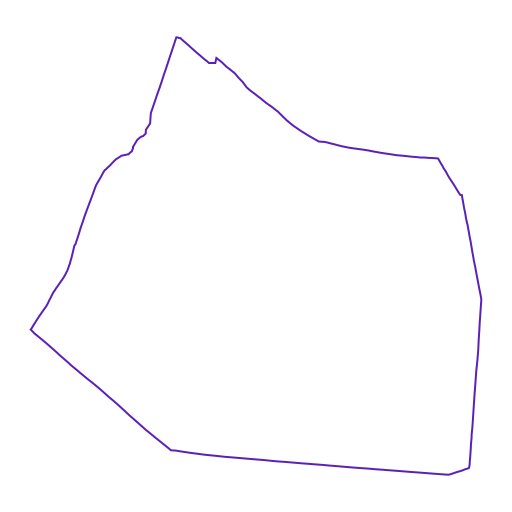 Al-Salman, Al-Muthannia, Iraq (orthographic projection)
{"feature_id": "34846034B73479794656328", "entity_name": "Al-Salman", "entity_type": "district", "adm_level": 2, "iso_a3": "IRQ", "parent_name": "Iraq", "parent_adm1": "Al-Muthannia", "projection": "orthographic", "projection_center": [45.251, 30.248], "detail": "fine", "context": "isolated", "style": "outline", "palette": "violet", "viewbox_px": 512, "rotation_deg": 0, "n_neighbors": 0, "source": "geoboundaries", "source_scale": "gbopen_adm2", "svg_char_len": 3695}
<svg xmlns="http://www.w3.org/2000/svg" viewBox="0 0 512 512"><path d="M176.4,37.3L175.5,39.8L174.0,44.4L169.9,56.7L165.7,69.5L164.2,73.7L161.8,81.2L159.4,88.3L156.9,95.2L155.1,100.7L151.3,111.8L150.9,112.6L150.5,117.7L150.1,123.5L145.9,129.8L145.7,133.6L143.9,135.3L143.1,136.1L141.0,136.8L140.4,137.2L138.5,138.8L137.7,139.4L136.6,140.9L133.9,145.5L133.0,146.8L133.0,148.5L132.1,150.4L131.8,151.4L131.0,151.9L129.4,153.3L128.5,154.3L127.3,154.4L125.4,154.9L123.0,155.4L121.8,155.6L121.3,155.8L119.7,156.9L117.7,158.2L116.4,159.0L115.3,159.9L113.8,161.4L112.0,163.3L109.8,165.6L107.7,167.5L106.5,168.7L105.5,169.7L104.7,170.2L102.9,173.1L100.8,177.1L99.7,179.0L97.6,182.5L96.2,185.0L95.2,187.4L92.9,193.9L87.2,209.1L84.4,216.8L82.6,222.3L80.7,227.7L78.9,233.7L77.3,238.7L76.2,241.9L75.8,243.3L75.5,244.1L74.4,245.6L73.8,248.1L72.9,252.0L71.5,257.8L70.3,261.8L69.9,263.7L68.9,266.0L68.3,268.2L67.7,269.4L67.4,270.6L66.6,272.0L65.3,274.6L63.8,277.2L62.0,279.9L60.3,282.3L58.1,285.5L56.8,287.3L55.7,288.8L55.2,289.8L53.4,292.3L51.9,295.1L50.4,298.3L49.3,300.2L48.2,302.6L47.5,304.0L46.9,305.1L45.8,306.9L43.1,310.6L41.3,313.3L39.5,315.8L37.4,319.0L35.8,321.5L34.9,323.1L34.0,324.3L32.7,326.5L31.4,328.7L30.7,329.5L32.4,331.3L34.4,333.4L38.2,336.5L45.0,342.1L51.2,347.5L55.3,351.1L59.7,355.2L63.5,358.5L66.4,361.0L70.6,364.8L71.1,365.3L77.4,370.5L81.9,374.3L87.7,379.1L92.7,383.0L99.2,388.4L103.3,392.0L109.1,397.2L113.6,400.9L121.1,407.6L129.5,415.4L138.5,423.3L145.3,429.4L157.7,439.5L168.9,448.5L170.9,450.3L174.3,450.5L175.3,450.5L180.7,451.4L189.4,452.7L204.5,454.7L216.5,455.9L224.7,456.8L232.2,457.4L240.6,458.1L251.0,459.0L264.5,460.1L269.2,460.6L273.2,461.0L277.4,461.4L285.1,461.9L301.4,463.3L309.3,463.9L310.3,464.0L322.5,464.9L327.6,465.4L338.7,466.3L347.9,467.1L356.7,467.8L368.2,468.6L375.1,469.2L380.3,469.6L382.7,469.7L385.5,470.0L391.1,470.4L401.7,471.2L410.2,471.9L417.1,472.4L423.7,472.9L432.6,473.6L440.7,474.2L446.2,474.6L448.7,474.7L451.0,474.1L456.5,472.2L461.7,470.7L465.9,469.0L467.5,468.6L468.9,468.1L469.4,466.1L469.7,463.7L469.8,461.2L470.1,458.2L470.8,448.0L470.9,445.5L471.1,442.8L471.6,437.5L471.6,435.0L472.3,428.2L472.8,421.1L473.6,408.8L474.2,399.6L474.6,393.7L475.2,385.9L476.2,371.9L477.3,361.2L478.1,351.8L478.3,348.6L478.7,339.8L479.3,330.5L479.7,323.0L480.0,318.8L481.1,302.6L481.3,300.1L481.2,298.5L480.3,293.6L479.2,288.3L477.6,279.8L476.5,274.0L475.5,268.5L474.5,263.5L473.6,259.3L473.6,258.8L472.4,252.3L470.7,242.0L469.6,236.3L469.1,233.8L469.0,232.7L468.3,229.3L467.6,225.1L466.5,220.7L465.9,217.6L465.2,213.1L464.2,208.6L463.5,204.5L462.8,200.5L462.2,197.4L462.1,196.4L461.9,195.1L460.7,195.0L460.3,194.9L459.1,193.3L456.5,189.0L453.6,184.3L449.8,178.6L447.6,174.9L446.1,172.0L443.5,168.1L442.7,166.3L441.0,163.6L439.7,161.3L438.5,159.2L437.9,158.4L436.1,158.3L433.4,158.1L429.4,157.9L427.5,157.8L423.9,157.5L420.2,157.5L415.8,157.0L412.6,156.8L401.5,155.6L396.6,155.2L391.5,154.4L388.9,154.0L386.7,153.7L380.8,152.8L376.4,152.0L370.8,151.0L368.7,150.5L366.4,150.2L363.6,149.7L359.7,149.2L357.6,148.9L355.4,148.6L353.1,148.3L350.9,148.0L348.0,147.5L346.7,147.2L345.6,147.0L342.0,146.3L337.3,145.1L333.2,144.0L331.3,143.6L327.3,142.5L324.5,141.9L323.7,141.9L318.8,141.5L309.4,136.2L301.0,131.0L293.1,125.6L286.7,120.3L281.2,114.9L279.7,113.4L278.1,111.8L272.2,107.2L266.4,103.1L264.9,101.9L260.1,98.0L254.8,93.9L250.1,90.4L246.6,87.3L242.5,81.8L238.5,77.7L234.8,73.3L230.7,70.0L230.6,69.9L226.4,66.7L221.9,62.3L216.4,58.0L215.3,63.0L213.4,63.0L211.4,63.0L209.0,63.0L206.6,60.9L204.2,59.1L200.1,55.5L195.6,51.7L190.0,46.7L187.5,44.4L184.0,41.4L181.3,39.0L180.6,38.1L179.4,38.1L177.7,37.5L176.4,37.3Z" fill="none" stroke="#5b21b6" stroke-width="2"/></svg>